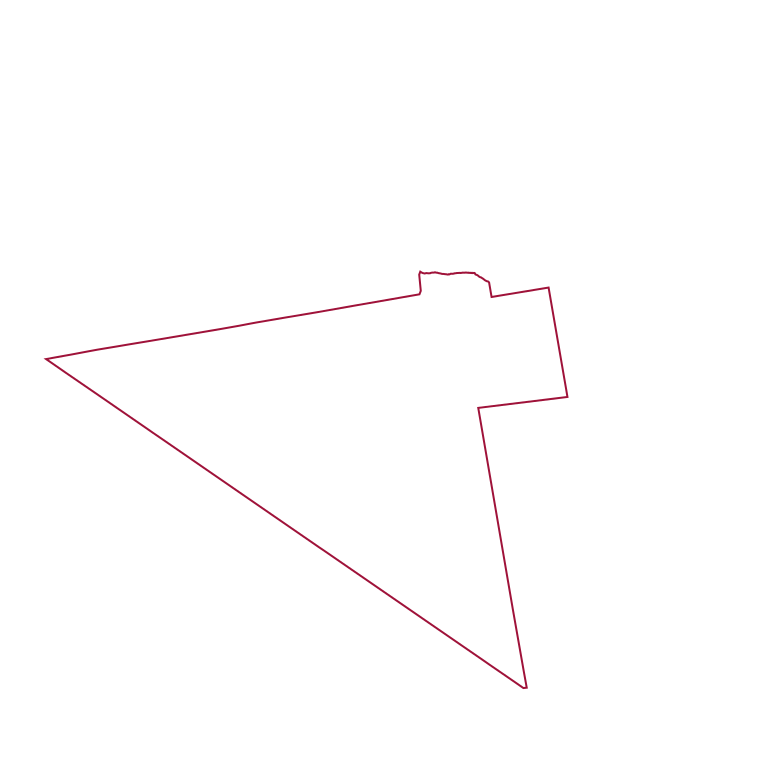 the district of Adolfo Alsina, Buenos Aires, Argentina, rotated 305°
{"feature_id": "61730980B72509942222407", "entity_name": "Adolfo Alsina", "entity_type": "district", "adm_level": 2, "iso_a3": "ARG", "parent_name": "Argentina", "parent_adm1": "Buenos Aires", "projection": "albers", "projection_center": [-62.685, -37.171], "detail": "fine", "context": "isolated", "style": "outline", "palette": "rose", "viewbox_px": 768, "rotation_deg": 305, "n_neighbors": 0, "source": "geoboundaries", "source_scale": "gbopen_adm2", "svg_char_len": 2385}
<svg xmlns="http://www.w3.org/2000/svg" viewBox="0 0 768 768"><g transform="rotate(305 384 384)"><path d="M247.7,129.5L241.5,123.4L228.1,110.3L225.0,107.2L224.5,106.7L210.6,92.9L210.7,115.7L210.7,117.2L211.1,160.9L211.5,220.1L211.5,220.4L211.5,222.8L211.6,231.0L213.0,423.9L213.1,428.8L214.6,627.5L214.6,632.0L214.8,654.2L214.9,672.6L217.1,675.1L228.3,663.8L231.6,660.5L233.1,659.0L247.8,644.3L273.4,618.7L418.5,474.9L478.6,541.7L484.1,536.3L557.4,463.5L517.0,422.2L527.4,411.9L527.5,411.6L527.6,411.2L527.7,410.6L527.5,410.0L527.2,409.4L527.1,408.8L527.0,408.0L526.9,407.2L526.9,406.8L527.0,406.3L527.0,405.8L527.0,405.3L527.1,404.8L527.0,404.1L527.0,403.5L527.0,403.0L527.0,402.4L526.9,402.1L526.8,401.9L526.7,401.7L526.6,401.1L526.5,400.6L526.6,400.0L526.6,399.5L526.7,399.0L526.7,398.5L526.7,398.1L526.6,397.5L526.4,396.9L526.3,396.5L526.2,396.1L526.3,395.8L526.5,395.5L526.7,395.2L526.8,394.8L526.9,394.5L526.7,394.2L526.4,393.7L526.1,393.5L525.8,393.2L525.6,392.8L525.6,392.4L525.3,392.2L525.0,391.9L525.0,391.6L524.9,391.4L524.6,391.2L524.5,390.9L524.4,390.6L524.2,390.5L523.9,390.0L523.6,389.6L523.5,389.0L523.1,388.7L522.7,388.1L522.5,387.5L522.3,387.1L521.9,386.8L521.6,386.4L521.3,386.1L521.2,385.8L520.9,385.5L520.7,385.1L520.4,384.6L520.1,384.4L519.7,384.0L519.5,383.7L519.2,383.4L518.8,383.0L518.7,382.6L518.5,382.3L518.0,381.8L517.6,381.2L517.3,380.8L516.9,380.3L516.6,379.9L516.1,379.5L515.7,379.0L515.3,378.5L514.9,378.1L514.4,377.9L514.2,377.5L513.8,377.1L513.4,376.7L513.1,376.1L512.7,375.5L512.3,375.2L511.8,375.0L511.3,374.7L511.0,374.0L510.5,373.8L510.2,373.4L509.9,372.8L509.7,372.3L509.5,371.8L509.1,371.3L508.9,370.9L508.7,370.4L508.5,370.0L508.2,369.5L507.8,368.9L507.5,368.4L507.3,367.9L507.1,367.2L506.8,366.6L506.6,366.0L506.3,365.6L506.2,365.2L505.9,364.5L505.8,363.9L505.4,363.2L505.1,362.9L505.0,362.5L504.9,362.0L504.7,361.6L504.3,361.4L503.9,361.0L503.6,360.6L503.3,360.2L502.8,359.5L502.2,358.9L501.7,358.5L501.1,358.2L500.7,357.6L500.2,357.0L499.9,356.4L499.5,355.8L499.3,355.3L499.0,354.9L498.5,354.5L497.9,354.0L497.6,353.3L497.4,352.8L497.1,352.1L497.0,351.4L496.9,351.0L496.8,350.5L496.9,350.1L496.8,349.6L496.8,349.3L493.8,350.1L481.4,360.7L477.8,361.6L431.1,314.7L403.8,287.4L381.2,264.4L361.2,244.2L355.6,238.7L348.8,232.1L336.1,219.4L282.8,165.3L269.6,151.8L261.7,143.8L247.7,129.5Z" fill="none" stroke="#9f1239" stroke-width="2"/></g></svg>